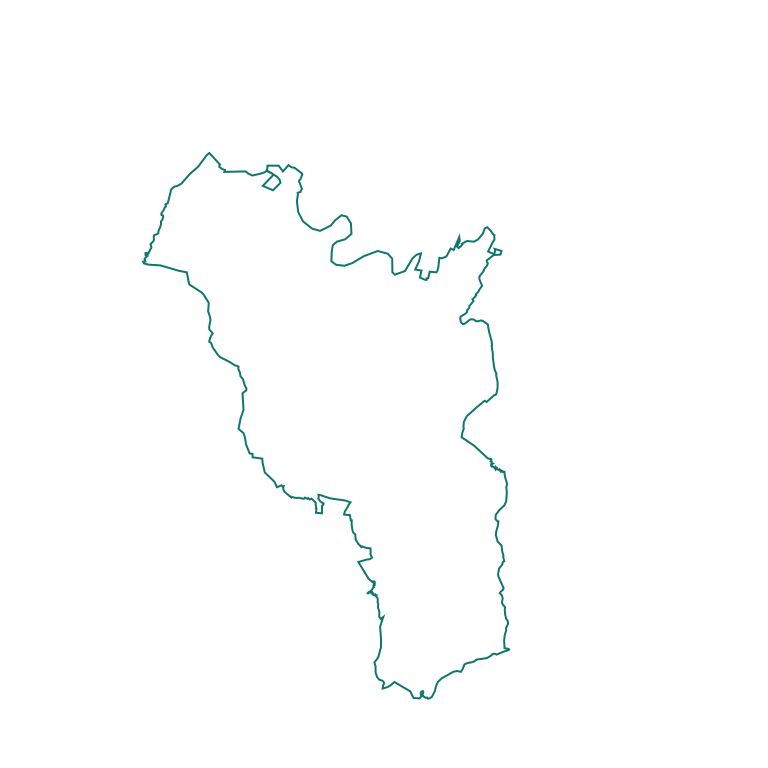 Miraslau, Alba, Romania, rotated 235°
{"feature_id": "2599482B57735842574948", "entity_name": "Miraslau", "entity_type": "district", "adm_level": 2, "iso_a3": "ROU", "parent_name": "Romania", "parent_adm1": "Alba", "projection": "orthographic", "projection_center": [23.674, 46.374], "detail": "fine", "context": "isolated", "style": "outline", "palette": "teal", "viewbox_px": 768, "rotation_deg": 235, "n_neighbors": 0, "source": "geoboundaries", "source_scale": "gbopen_adm2", "svg_char_len": 6147}
<svg xmlns="http://www.w3.org/2000/svg" viewBox="0 0 768 768"><g transform="rotate(235 384 384)"><path d="M546.1,437.7L544.3,431.3L546.1,419.5L552.4,414.3L563.7,410.9L573.9,412.3L583.4,417.3L588.7,422.2L590.2,423.0L589.2,425.6L591.0,428.7L598.9,430.7L599.4,431.2L599.6,432.9L602.6,437.4L603.4,437.6L612.5,434.7L614.7,432.4L618.1,431.3L616.1,423.1L623.2,423.0L629.7,413.8L627.8,412.4L626.2,410.5L621.1,412.9L614.6,415.4L611.0,415.6L608.2,414.6L606.3,404.2L615.8,398.4L618.8,413.7L622.5,412.0L626.0,410.0L625.8,408.1L627.0,403.8L630.3,395.7L634.1,393.6L637.5,392.6L649.3,374.9L650.5,376.5L652.4,375.0L656.1,373.6L657.6,374.6L657.8,375.5L673.4,373.4L673.2,370.2L668.6,356.4L667.4,345.4L664.3,332.8L664.8,328.0L665.6,326.5L665.9,324.5L665.5,321.4L656.8,311.4L656.1,310.4L656.5,307.9L654.5,307.2L654.4,305.7L653.3,304.2L651.3,299.3L650.2,298.7L649.0,299.6L647.5,299.0L645.6,296.5L645.1,294.6L642.7,292.9L640.6,290.3L639.4,287.9L637.0,285.5L636.8,284.4L637.8,281.2L636.6,279.8L633.8,278.0L633.3,277.2L632.5,272.9L629.7,272.1L629.0,271.5L628.1,269.3L626.9,267.8L626.9,267.1L625.8,265.8L626.0,264.9L627.6,264.8L628.1,263.8L626.4,262.6L624.5,263.6L624.4,261.2L623.7,259.6L621.3,258.9L622.4,256.8L620.3,256.6L616.9,259.5L609.3,269.0L594.4,280.9L588.6,286.5L578.0,281.8L576.7,281.8L563.6,287.1L561.1,287.5L552.4,287.1L550.7,286.8L544.4,281.6L538.4,279.9L535.9,278.5L531.0,273.5L528.8,272.2L523.7,272.7L522.6,269.9L521.1,267.5L518.9,265.1L516.8,265.9L512.3,264.7L503.3,264.6L500.1,265.1L489.9,270.5L484.4,272.7L483.7,273.7L481.7,274.8L479.9,273.3L475.6,272.4L472.8,270.9L468.9,271.2L463.1,269.3L458.9,268.6L457.8,267.5L457.6,262.8L443.4,254.1L437.9,246.6L430.7,239.1L424.3,240.7L419.9,239.4L413.8,236.4L404.3,234.1L402.1,236.2L399.3,234.3L392.7,241.5L389.0,239.3L379.9,235.6L368.5,237.9L366.0,238.1L360.8,237.1L359.8,241.9L358.4,242.0L357.8,243.2L357.0,242.0L355.2,241.0L353.1,240.6L344.1,243.0L344.3,243.8L341.5,246.1L339.7,248.9L335.9,252.5L336.3,254.1L333.8,255.4L334.1,256.5L331.9,257.0L331.7,258.8L326.8,260.0L325.5,259.8L324.6,258.9L321.2,257.5L321.2,256.9L319.7,256.5L317.5,254.4L313.7,259.0L319.7,263.3L319.9,265.0L321.1,265.3L321.1,265.8L324.2,264.5L327.8,264.4L329.5,266.3L330.8,266.8L329.1,268.5L321.4,274.1L310.8,285.4L306.3,288.7L305.3,285.7L304.0,283.6L302.1,278.9L300.0,276.4L297.3,279.3L296.5,280.9L291.2,278.6L290.8,278.6L290.6,279.2L287.6,277.0L282.4,274.3L279.9,273.6L277.3,274.2L273.0,271.6L268.1,271.3L263.3,272.0L263.5,272.9L260.1,275.3L257.1,278.6L253.7,276.5L252.3,275.2L248.7,274.7L248.6,271.9L250.0,269.4L252.9,260.9L233.1,259.7L228.4,261.0L228.6,261.7L228.3,262.1L228.0,261.2L227.5,261.4L227.2,262.2L226.6,261.7L226.4,262.4L224.5,260.9L224.9,260.5L225.3,261.0L225.5,260.4L224.2,259.2L223.4,259.1L223.6,258.8L222.3,256.0L222.1,253.9L222.3,251.7L222.0,250.6L221.6,250.8L221.7,252.3L221.2,253.9L220.9,253.9L220.8,252.8L220.2,254.8L219.6,254.4L219.0,254.9L218.6,253.9L218.2,253.8L216.6,255.1L216.8,256.2L216.5,256.4L215.1,255.6L214.9,256.2L214.6,255.7L213.1,256.0L211.6,255.6L208.5,253.4L207.0,253.1L204.7,251.0L200.1,249.6L196.1,246.6L193.4,246.6L193.6,249.8L187.4,241.6L177.0,235.4L170.1,230.5L163.4,222.5L161.3,216.3L157.8,215.3L152.6,211.7L148.2,210.3L144.9,210.4L141.8,212.5L139.9,212.8L138.6,212.3L137.7,210.4L135.3,208.2L133.7,213.0L133.4,217.1L133.9,221.6L117.2,229.2L109.9,228.1L106.2,232.6L106.5,235.3L109.8,236.7L110.3,237.6L110.6,238.3L110.2,239.7L109.3,239.7L107.4,237.5L106.3,237.0L103.1,238.0L102.5,239.4L101.0,239.6L100.3,241.1L100.3,243.9L103.3,249.6L106.7,253.3L109.0,257.3L109.8,262.3L108.5,275.8L106.9,279.3L104.1,281.9L105.5,285.1L108.1,289.0L108.0,290.5L106.9,294.1L106.2,295.0L105.1,298.1L105.1,301.8L100.5,311.0L100.1,315.6L100.5,318.4L99.2,320.2L97.8,321.0L95.9,329.4L94.6,333.4L94.7,334.1L95.7,334.0L98.4,331.2L104.7,335.1L108.8,338.6L112.3,343.0L114.0,343.8L116.4,348.0L117.4,348.8L119.6,349.5L121.2,349.3L125.6,351.0L129.5,353.2L131.7,355.1L135.6,354.8L137.5,355.4L140.5,358.4L143.2,359.3L146.3,358.9L146.9,360.5L147.2,363.6L148.2,364.9L160.2,367.2L162.5,368.1L166.8,372.3L168.4,377.6L169.8,378.8L170.0,381.0L173.9,382.4L175.2,383.6L178.6,384.6L184.2,387.6L189.7,386.7L196.2,389.0L199.3,391.9L202.9,396.4L205.9,398.9L206.4,398.3L209.3,397.8L212.7,400.5L214.5,405.9L215.6,413.1L217.8,416.8L224.7,422.4L229.5,425.1L230.5,426.5L232.2,427.8L239.2,430.1L242.9,432.3L243.4,431.1L244.5,431.2L244.5,430.4L246.3,430.2L245.7,429.4L247.9,429.4L247.7,428.8L249.3,427.8L249.9,428.1L249.8,426.7L250.7,427.4L250.6,426.7L251.8,427.2L251.4,426.4L254.4,425.7L254.5,425.2L256.3,425.6L256.4,427.5L256.8,427.1L256.6,425.8L258.7,427.7L259.6,427.1L260.4,428.5L261.0,428.6L263.4,426.4L281.6,422.5L295.8,417.0L299.1,420.2L301.7,423.8L303.2,424.4L307.1,427.6L309.6,432.3L310.2,433.8L311.6,445.3L312.6,456.7L310.4,457.8L311.6,467.6L311.2,468.9L311.3,470.2L315.5,474.7L320.3,478.1L326.7,480.8L327.9,482.0L331.5,482.6L335.1,484.1L343.3,488.4L346.5,490.6L353.4,494.0L353.7,494.7L357.0,496.6L366.2,499.9L373.4,503.2L379.1,501.1L380.6,499.7L381.1,497.7L382.6,495.4L385.2,494.6L386.5,493.2L387.4,491.7L387.1,485.1L387.6,483.0L390.4,482.4L393.9,483.9L395.3,485.6L394.9,491.4L395.3,493.2L396.8,494.6L397.3,497.2L398.9,498.8L400.7,505.0L402.6,505.1L403.7,510.3L404.7,510.6L405.6,514.6L406.4,515.6L408.1,520.6L415.3,522.3L417.4,523.9L419.3,530.2L420.9,532.7L421.9,536.3L423.2,538.2L425.4,538.4L426.3,539.0L426.7,547.9L423.2,553.6L425.6,556.6L431.2,552.1L429.7,551.7L427.0,548.7L432.8,545.3L437.2,553.3L438.8,557.1L442.6,559.8L443.0,559.4L448.6,559.3L453.2,558.5L453.6,555.7L450.4,551.2L448.4,543.5L449.1,539.1L453.5,534.1L454.2,528.4L453.5,528.4L452.7,526.1L452.6,523.1L454.7,522.6L457.5,527.9L461.2,529.9L453.8,517.9L456.7,516.3L452.7,508.3L453.6,503.7L455.6,501.7L448.4,495.4L445.8,492.2L445.4,491.0L449.8,485.8L445.3,480.9L446.1,479.4L444.9,478.6L445.9,477.3L450.6,474.5L455.4,479.8L459.9,475.2L464.3,482.9L469.8,489.2L471.2,484.8L470.6,479.6L464.5,466.0L467.3,455.6L470.8,455.0L481.9,462.6L488.5,461.9L496.5,455.2L500.2,441.2L501.3,427.0L503.6,419.3L509.2,413.1L514.8,411.3L522.5,417.2L527.1,421.7L527.6,427.2L524.8,435.2L525.6,443.4L534.4,449.0L542.5,449.5L546.6,445.9L546.1,437.7Z" fill="none" stroke="#0f766e" stroke-width="2"/></g></svg>